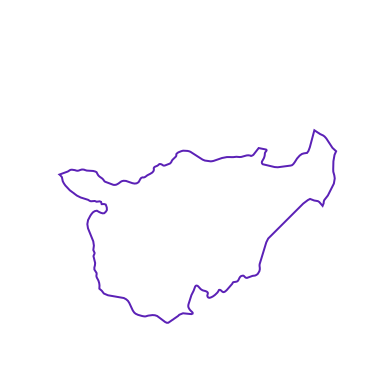 map outline of Ombella-M'Poko (Albers equal-area conic projection), rotated 136°
{"feature_id": "CAF-4856", "entity_name": "Ombella-M'Poko", "entity_type": "Prefecture", "adm_level": 1, "iso_a3": "CAF", "parent_name": "Central African Republic", "parent_adm1": "", "projection": "albers", "projection_center": [18.055, 4.882], "detail": "fine", "context": "isolated", "style": "outline", "palette": "violet", "viewbox_px": 384, "rotation_deg": 136, "n_neighbors": 0, "source": "natural_earth", "source_scale": "10m", "svg_char_len": 3927}
<svg xmlns="http://www.w3.org/2000/svg" viewBox="0 0 384 384"><g transform="rotate(136 192 192)"><path d="M325.8,186.8L323.4,189.1L322.0,191.0L320.8,193.4L319.9,196.6L319.4,197.6L318.6,198.5L317.6,199.2L316.9,200.1L316.1,204.0L314.7,205.5L312.9,206.6L311.0,208.2L307.5,214.2L307.1,214.5L305.1,215.3L304.7,215.6L304.4,215.8L303.3,218.8L299.8,221.6L297.3,225.1L292.0,238.2L289.6,241.6L286.3,244.0L281.5,245.6L279.4,246.0L277.4,246.2L275.3,245.8L273.4,244.6L272.8,242.4L272.0,240.3L271.0,238.6L269.8,237.7L267.4,237.7L265.7,238.2L264.1,240.0L263.3,241.7L262.8,242.9L263.6,244.4L265.4,246.0L264.3,248.1L264.9,249.4L267.4,251.3L268.2,253.1L271.1,255.5L271.7,256.6L272.2,258.6L275.9,265.4L277.3,269.4L278.7,278.1L278.6,284.6L278.2,287.1L277.5,289.5L275.3,293.0L275.1,295.3L275.2,296.6L267.1,293.0L264.5,292.5L263.5,292.0L262.6,291.1L261.0,289.0L260.4,287.8L259.6,286.8L258.6,286.1L257.1,285.5L255.5,284.6L254.4,283.4L254.0,282.8L253.7,282.1L252.8,280.5L248.5,275.8L247.4,274.0L246.9,272.6L247.7,269.9L247.9,268.6L247.8,267.2L247.2,264.1L247.2,262.7L247.5,260.7L247.4,259.8L243.6,251.8L242.5,250.6L241.2,249.8L239.0,249.2L235.9,248.8L234.7,248.4L233.3,247.5L231.8,245.8L228.7,239.7L227.4,237.9L225.8,236.7L223.7,236.2L222.1,236.6L220.3,237.2L218.8,237.4L217.6,237.0L216.5,235.9L215.3,235.4L214.0,235.2L212.9,235.1L212.0,234.9L209.4,234.1L207.1,233.6L205.8,233.7L205.2,233.8L204.6,234.1L204.1,234.4L203.5,235.0L203.0,235.7L202.1,236.0L201.1,235.9L198.8,235.0L197.7,234.8L196.4,234.8L195.7,234.5L195.0,233.6L194.6,232.6L194.3,231.2L193.9,230.5L193.1,229.9L188.1,227.8L187.0,227.8L185.9,228.0L185.0,228.4L183.7,228.7L179.0,228.7L178.1,229.0L177.7,229.4L177.2,229.9L176.7,230.2L175.6,230.2L174.3,230.0L171.3,228.8L169.7,227.9L166.8,224.8L165.9,223.5L165.2,222.0L161.9,208.0L160.9,205.7L157.3,201.1L156.3,200.3L154.9,199.4L146.8,195.6L142.5,192.8L138.2,188.5L135.6,186.5L133.4,184.0L132.2,183.0L127.4,180.4L126.1,179.4L124.9,177.9L124.5,176.9L123.1,176.3L122.0,176.1L113.5,177.3L109.3,171.2L109.2,170.9L109.2,170.5L109.3,170.3L109.5,170.1L110.1,169.9L111.5,169.7L112.2,169.5L112.8,169.1L114.3,167.8L115.4,167.1L116.8,166.4L120.5,165.3L121.4,164.6L121.8,163.8L121.8,162.8L115.2,152.5L113.1,150.2L102.7,142.5L101.4,141.8L99.7,141.7L97.3,142.1L93.2,143.1L89.2,143.4L86.5,143.0L84.6,142.0L82.1,140.2L79.8,140.6L76.2,142.3L61.1,151.4L59.6,144.7L58.4,141.6L58.1,139.8L58.2,137.2L60.3,126.2L60.0,121.2L63.7,119.7L68.9,115.9L74.7,110.2L76.3,108.4L78.1,105.1L79.9,102.6L84.1,99.5L96.7,95.1L102.4,94.3L103.3,93.9L104.2,93.3L105.2,92.4L107.7,91.3L107.4,96.4L107.8,98.0L110.0,101.0L111.9,105.0L114.3,105.7L120.0,106.4L169.5,105.6L173.5,104.2L193.3,93.2L194.2,92.5L195.0,91.6L195.8,90.5L196.9,89.3L198.6,88.2L201.6,87.4L203.3,87.6L204.7,88.1L206.7,89.6L212.1,92.0L212.7,92.7L213.0,93.8L213.0,95.5L213.2,96.2L213.8,96.7L215.0,97.4L216.2,97.5L217.3,97.3L219.5,96.5L220.9,96.2L221.9,96.4L222.9,97.0L224.7,98.3L225.3,98.5L225.8,98.4L226.2,98.2L227.0,98.0L235.2,97.3L237.3,97.4L238.5,97.8L239.1,98.3L239.3,98.9L239.5,99.8L239.5,100.7L239.6,101.6L239.9,102.2L240.4,102.7L240.8,102.8L242.1,102.3L243.7,102.0L246.9,102.0L249.2,102.3L251.0,102.8L252.2,103.3L253.0,103.8L253.4,104.4L253.6,104.9L253.6,105.5L253.4,106.0L253.2,106.5L252.9,106.9L252.5,107.1L251.6,107.7L251.1,108.0L250.7,108.4L250.5,109.2L250.6,110.0L251.1,111.3L252.5,113.6L252.9,114.7L253.2,116.1L253.1,119.7L253.2,120.7L253.9,121.7L254.6,121.9L255.6,121.7L259.3,119.9L264.1,118.2L272.8,113.5L273.9,112.6L274.6,111.6L275.0,110.5L275.3,109.1L275.4,107.7L275.3,105.3L275.5,104.5L276.1,104.1L277.3,104.6L282.7,111.0L286.4,112.5L288.2,112.5L299.8,114.4L300.9,115.3L301.6,117.0L303.2,127.0L304.3,129.1L305.9,130.9L309.4,133.5L311.7,134.7L312.7,135.6L314.0,137.4L316.2,141.2L317.1,143.6L317.3,145.4L316.9,147.9L314.2,155.7L313.7,158.2L313.9,160.6L314.7,163.1L324.2,176.1L325.8,179.9L325.9,180.3L325.5,183.7L325.8,186.7L325.8,186.8L325.8,186.8Z" fill="none" stroke="#5b21b6" stroke-width="2"/></g></svg>